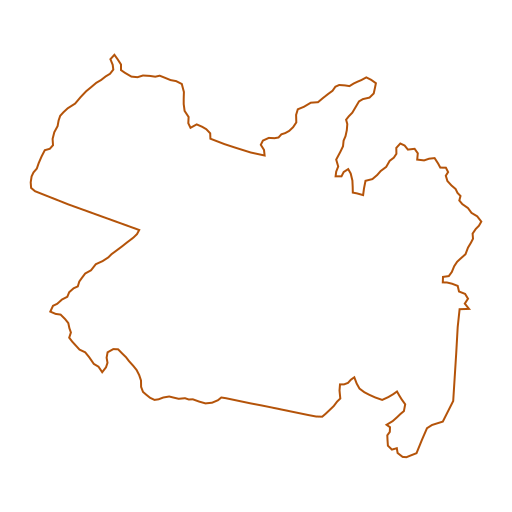 outline of Barra do Piraí, Rio de Janeiro, Brazil
{"feature_id": "56859067B26511615248896", "entity_name": "Barra do Piraí", "entity_type": "district", "adm_level": 2, "iso_a3": "BRA", "parent_name": "Brazil", "parent_adm1": "Rio de Janeiro", "projection": "robinson", "projection_center": [-43.906, -22.425], "detail": "fine", "context": "isolated", "style": "outline", "palette": "amber", "viewbox_px": 512, "rotation_deg": 0, "n_neighbors": 0, "source": "geoboundaries", "source_scale": "gbopen_adm2", "svg_char_len": 3620}
<svg xmlns="http://www.w3.org/2000/svg" viewBox="0 0 512 512"><path d="M481.3,221.6L477.2,216.3L471.5,212.9L468.0,208.1L462.3,204.1L459.3,200.5L460.5,196.0L457.5,192.9L455.6,189.0L451.4,185.4L447.4,181.0L445.8,175.7L448.1,172.1L445.9,167.7L440.3,167.6L438.1,163.5L434.6,158.1L429.1,158.7L424.1,160.4L417.2,159.6L417.8,153.3L414.6,148.8L407.9,149.6L404.6,145.5L400.3,143.5L396.3,147.9L396.4,153.8L393.8,157.7L389.7,160.8L386.2,166.9L380.7,171.0L377.2,175.0L372.4,179.1L365.5,180.8L364.0,188.4L363.1,195.1L357.0,193.4L352.8,192.6L352.7,187.1L352.4,180.6L350.7,173.5L348.2,169.1L343.7,172.0L341.5,176.3L335.6,176.3L336.2,171.6L338.2,166.5L336.2,159.6L340.3,151.9L343.0,146.3L343.6,140.6L345.5,136.2L346.8,130.2L347.3,124.1L346.1,119.7L348.8,116.3L352.3,112.7L355.8,106.8L359.0,101.4L362.9,99.1L369.5,97.6L373.7,93.5L374.9,88.1L375.9,83.2L371.1,79.8L366.3,77.4L361.3,80.1L357.5,81.7L353.7,83.5L349.5,86.1L344.9,85.4L339.2,85.0L335.4,86.7L332.5,90.8L328.1,94.0L323.0,98.0L318.0,102.2L310.8,102.7L303.9,106.8L297.8,109.3L296.1,114.9L296.3,122.4L293.1,127.2L289.2,130.9L285.2,133.1L281.4,134.3L278.5,137.5L274.5,138.2L268.8,137.9L262.9,140.6L260.8,144.8L264.0,149.9L264.6,155.5L250.7,152.5L234.8,147.5L224.4,144.1L210.4,138.7L210.2,133.3L206.3,129.2L202.2,126.8L196.7,124.4L190.5,127.8L188.3,123.2L188.6,117.0L184.6,110.9L183.7,104.1L183.7,99.0L183.9,92.0L181.8,84.0L176.1,81.1L170.6,80.1L165.0,77.8L159.7,75.7L155.3,76.7L149.7,75.9L143.0,75.5L137.5,77.2L131.4,76.6L124.9,72.8L121.0,70.1L121.0,64.5L117.7,59.4L114.4,54.8L110.4,59.2L112.7,64.8L113.3,69.6L110.0,73.8L105.7,76.4L101.1,80.0L96.3,82.8L90.6,87.6L86.2,91.2L80.6,97.1L75.1,103.6L67.7,108.3L63.5,112.2L60.2,115.8L58.6,120.5L57.6,126.1L54.3,132.2L52.6,138.9L53.0,145.2L49.8,148.8L44.8,150.2L41.6,156.4L38.7,163.1L36.8,168.6L33.5,172.4L31.6,176.4L30.7,182.3L31.1,187.9L35.0,191.2L68.3,204.4L139.2,230.0L137.0,234.1L133.5,237.5L126.8,242.6L121.9,246.5L111.5,254.2L108.3,257.4L102.6,261.1L95.8,264.2L91.0,270.3L85.2,273.5L81.8,278.0L79.3,281.5L77.8,286.4L73.6,288.3L69.2,292.2L67.3,296.8L62.0,299.5L57.2,303.8L53.0,305.8L50.3,311.6L55.6,313.9L60.6,314.6L65.2,319.2L68.3,323.1L69.4,328.2L70.9,332.5L69.2,337.7L72.2,341.6L75.1,344.8L79.5,349.6L85.2,352.3L89.1,357.1L93.8,363.9L98.5,366.7L102.2,372.2L106.0,367.3L107.5,362.8L106.6,357.7L107.6,352.3L113.3,349.1L118.1,349.3L122.2,353.5L126.0,357.2L128.9,361.0L133.3,365.9L136.6,370.0L139.2,375.1L141.0,380.5L141.1,386.9L143.0,391.9L146.1,394.6L150.1,397.8L154.5,399.9L158.6,399.3L163.3,397.5L169.2,396.5L173.2,397.5L178.7,398.8L185.0,398.2L188.8,399.5L192.8,399.3L199.2,401.6L205.5,403.4L212.1,402.7L218.0,400.2L221.3,397.5L225.9,398.2L250.7,403.4L261.9,405.5L308.1,415.0L316.0,416.5L322.2,416.7L325.5,413.9L328.9,410.7L333.7,406.1L337.1,401.6L340.3,398.5L339.5,390.5L340.0,384.4L344.0,384.4L348.0,382.9L350.9,379.7L354.3,377.3L356.7,383.6L359.5,388.6L364.3,392.2L369.3,394.8L375.3,397.5L382.2,399.9L388.3,397.1L393.2,394.2L397.0,391.5L399.2,395.4L401.6,399.3L405.2,404.3L403.9,411.1L400.3,414.1L397.3,417.0L392.7,421.1L386.6,424.8L390.0,427.2L389.8,431.9L387.3,435.3L387.5,439.8L387.9,445.7L391.9,449.6L396.8,448.2L397.6,453.0L402.6,456.9L406.4,457.2L410.6,455.5L416.5,453.2L422.0,439.7L427.0,428.2L432.0,425.0L436.7,423.5L442.8,421.6L447.8,411.7L453.2,401.0L456.2,353.5L457.7,327.0L459.6,309.2L469.0,308.9L464.8,303.6L468.0,298.7L465.1,293.9L459.0,291.5L457.7,285.9L452.0,283.7L447.0,282.5L442.8,282.4L443.0,276.9L448.8,276.1L451.8,272.0L454.2,266.2L457.1,261.8L460.2,258.9L465.5,254.2L468.0,247.6L471.0,242.6L473.0,238.7L472.6,233.6L475.8,228.9L478.9,225.8L481.3,221.6Z" fill="none" stroke="#b45309" stroke-width="2"/></svg>